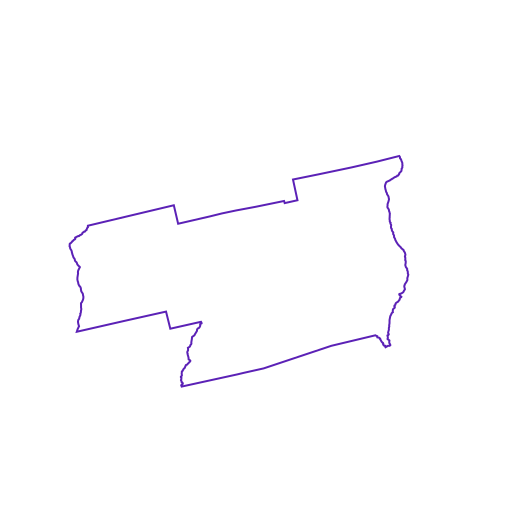 the district of Marcos Paz, Buenos Aires, Argentina, rotated 124°
{"feature_id": "61730980B37548441938699", "entity_name": "Marcos Paz", "entity_type": "district", "adm_level": 2, "iso_a3": "ARG", "parent_name": "Argentina", "parent_adm1": "Buenos Aires", "projection": "mercator", "projection_center": [-58.848, -34.821], "detail": "fine", "context": "isolated", "style": "outline", "palette": "violet", "viewbox_px": 512, "rotation_deg": 124, "n_neighbors": 0, "source": "geoboundaries", "source_scale": "gbopen_adm2", "svg_char_len": 6097}
<svg xmlns="http://www.w3.org/2000/svg" viewBox="0 0 512 512"><g transform="rotate(124 256 256)"><path d="M364.5,205.2L359.6,200.7L344.9,186.8L288.3,143.3L255.0,112.7L255.0,112.2L254.7,110.7L255.1,110.5L255.6,109.9L255.0,108.6L254.9,107.9L255.2,107.1L255.1,106.9L255.2,106.7L255.5,106.7L255.6,106.2L255.9,105.8L256.4,104.7L256.7,104.3L257.1,102.9L257.0,102.3L257.3,101.7L257.5,101.5L257.9,101.5L258.0,101.3L258.0,101.0L258.4,100.8L258.7,99.9L258.4,99.0L258.1,98.5L258.3,98.3L258.8,98.3L259.2,97.6L257.5,96.7L256.7,96.4L255.8,95.1L255.1,94.8L254.7,94.8L254.0,95.9L253.6,96.8L252.6,97.6L251.6,98.0L251.4,98.2L251.3,99.4L251.4,100.3L251.2,100.6L250.6,100.7L249.7,101.2L248.4,102.6L248.2,102.6L248.1,102.4L247.7,102.1L247.1,102.1L246.6,102.2L246.3,102.7L246.0,103.3L245.9,103.5L244.7,104.0L242.8,104.6L241.4,105.6L239.9,106.1L239.7,106.3L238.9,106.9L237.1,107.7L234.4,109.5L231.1,110.9L230.4,111.1L228.8,111.2L228.0,111.5L227.4,111.5L226.0,111.1L225.6,111.6L223.7,112.6L223.2,112.6L221.4,112.1L220.6,112.4L220.4,112.7L220.4,113.1L220.2,113.3L219.6,113.5L219.4,113.5L218.7,113.2L218.3,113.2L217.6,113.6L217.2,113.7L216.5,113.6L216.2,113.5L214.2,112.6L213.1,112.7L211.9,112.5L210.8,113.0L209.7,113.2L209.3,112.8L208.9,112.6L208.5,112.7L208.4,113.9L208.1,114.9L208.0,115.5L207.8,115.7L207.5,115.9L207.2,115.8L206.3,115.0L205.8,114.6L204.3,113.9L203.4,113.7L203.0,113.7L202.3,113.9L200.5,113.9L200.2,114.0L198.6,115.8L198.0,116.3L197.3,116.4L196.3,116.8L193.7,116.8L191.6,117.0L191.2,117.1L189.7,118.2L188.0,118.7L186.3,119.3L186.1,119.5L185.7,120.3L184.9,120.8L183.9,121.6L183.2,122.8L182.2,123.4L182.1,123.7L181.8,124.2L181.5,125.3L181.2,125.8L180.8,126.2L180.6,126.5L180.0,127.2L178.3,127.9L176.8,128.8L175.9,129.8L175.9,130.1L175.7,130.2L175.2,130.4L174.0,131.2L173.9,131.5L173.3,131.9L173.1,132.3L172.9,132.4L171.7,132.7L171.3,132.9L170.0,134.4L169.6,135.2L169.2,136.2L168.4,137.3L168.4,137.6L168.5,138.0L168.5,138.4L168.3,139.1L168.3,139.8L167.8,140.9L167.5,142.9L167.3,143.5L167.1,144.6L165.9,147.4L165.0,149.0L164.8,149.5L164.0,150.3L163.3,151.8L163.1,152.2L162.3,152.6L161.8,153.1L161.6,153.4L161.1,154.6L159.7,155.4L159.3,156.8L159.0,157.3L158.4,158.1L157.8,158.4L157.5,158.8L157.4,159.3L157.2,159.7L156.3,160.5L155.7,160.8L155.3,160.9L154.6,161.4L154.0,162.7L153.1,163.1L153.1,163.5L152.6,164.4L151.8,164.9L150.9,165.8L149.5,166.7L149.1,166.8L148.5,167.3L147.7,167.7L147.4,168.0L146.0,168.7L145.7,169.2L144.9,169.9L144.6,170.5L143.9,171.2L143.2,171.9L142.5,173.4L142.4,173.9L141.9,174.5L140.5,175.2L139.5,175.9L138.5,176.2L136.9,176.6L134.7,177.4L134.3,177.7L133.6,178.5L132.9,179.1L132.5,179.6L132.2,180.2L131.5,181.9L131.1,182.3L130.7,182.6L130.2,183.7L129.7,184.4L128.8,185.3L128.3,186.0L126.0,188.2L124.7,188.7L122.3,189.3L121.8,189.2L121.2,189.0L120.1,188.3L118.3,187.2L117.6,187.1L116.6,186.5L116.0,186.4L115.7,186.1L113.6,185.3L112.8,184.9L112.4,184.5L111.7,184.2L111.4,183.9L110.3,183.8L109.9,183.2L108.1,183.1L107.7,183.4L107.2,183.5L105.6,183.2L104.3,183.0L102.9,183.6L102.4,184.0L102.1,184.1L101.1,184.1L100.5,184.3L99.7,185.0L99.1,185.1L98.8,185.3L98.6,185.5L98.4,185.8L97.2,186.6L96.8,187.0L95.8,188.6L95.1,189.4L94.9,189.9L94.6,190.3L94.6,190.8L94.4,191.3L93.8,191.7L93.4,192.1L93.0,193.2L110.0,208.4L129.1,226.3L153.3,249.8L171.9,268.1L186.6,252.8L196.1,261.8L194.7,263.5L215.4,283.8L229.4,298.0L239.7,308.0L249.1,316.5L272.8,338.6L259.9,352.5L324.9,412.3L325.5,412.0L326.2,411.4L327.1,411.6L327.7,411.5L329.4,411.0L330.0,411.5L331.2,411.5L331.6,411.6L331.9,412.1L332.9,412.4L333.4,412.7L333.8,412.8L334.2,412.7L334.6,412.5L335.0,412.5L336.2,412.9L336.9,413.5L338.2,413.8L338.6,414.0L338.7,414.4L339.6,415.0L340.6,415.5L341.6,416.1L341.9,416.2L342.2,416.1L342.6,415.5L342.9,415.4L343.8,415.6L344.6,416.1L345.9,416.2L346.3,416.5L347.3,416.5L349.0,416.8L349.7,417.2L350.1,417.2L351.5,416.4L351.7,416.2L352.0,416.1L352.3,415.9L352.7,415.1L353.6,414.3L353.9,413.8L354.6,412.1L355.8,410.7L356.2,410.5L356.4,410.2L356.6,409.8L357.1,409.4L357.9,408.3L358.5,407.4L359.2,406.6L359.4,406.2L359.7,405.0L360.0,404.6L360.2,404.4L360.4,404.1L361.0,403.6L361.3,403.0L361.4,402.6L361.6,401.2L362.1,400.4L362.9,399.4L363.4,397.6L363.5,396.3L363.7,395.8L367.4,395.3L368.4,394.9L369.0,394.6L369.9,393.8L373.7,392.0L375.3,391.0L376.6,389.7L377.2,388.8L377.8,388.3L378.4,387.7L379.1,386.7L379.4,385.9L379.8,385.3L379.7,384.8L380.1,383.9L380.8,383.1L381.3,382.6L381.9,382.3L382.5,381.5L383.0,381.1L383.7,379.5L383.9,378.9L384.2,378.4L385.1,377.6L386.2,376.4L387.4,375.6L388.9,375.0L391.8,374.5L392.8,374.7L393.5,374.4L394.2,373.8L396.6,372.2L397.6,371.2L398.6,370.7L399.1,370.6L400.4,369.8L401.4,369.4L402.2,369.4L402.7,368.8L403.5,368.5L405.1,368.3L407.0,367.5L408.1,367.6L408.8,367.4L410.1,366.8L411.8,365.2L413.2,363.4L414.3,363.3L415.4,363.1L416.3,363.0L419.0,362.2L383.7,329.1L352.4,299.5L364.2,286.4L341.3,264.8L341.4,264.6L341.8,263.9L342.1,263.5L342.5,263.5L342.7,263.8L343.2,264.2L343.8,264.1L344.1,264.0L344.7,263.4L345.2,263.2L346.1,263.0L347.1,263.0L347.6,263.1L348.2,263.5L348.7,263.7L349.3,263.8L350.3,263.6L350.8,263.2L351.5,263.0L352.0,263.0L353.0,263.0L353.9,262.9L355.1,262.9L356.1,262.7L357.3,263.1L358.2,263.5L358.9,263.7L359.3,263.5L361.0,262.6L362.8,261.8L364.0,261.2L364.7,260.6L365.5,260.4L366.4,260.6L367.4,260.3L368.1,260.2L368.5,260.3L370.2,261.1L370.8,260.5L372.0,259.7L372.4,259.5L373.1,259.5L373.7,259.4L374.6,258.9L374.9,258.6L375.1,258.2L375.3,257.9L375.9,257.6L376.6,256.7L377.8,255.3L379.4,254.0L379.4,253.6L379.3,252.9L379.5,252.0L379.6,251.8L379.8,251.7L380.7,251.7L381.7,252.0L382.5,252.0L383.3,252.3L384.2,252.3L384.8,252.5L385.6,253.1L385.8,253.1L386.1,253.1L386.9,252.8L387.5,252.8L388.5,252.5L389.0,252.6L389.9,252.9L391.0,252.7L391.6,252.8L392.2,252.6L393.2,252.9L393.5,252.7L393.8,252.5L395.0,251.9L395.8,251.2L396.4,250.7L397.5,250.6L398.0,250.8L398.4,250.6L398.6,250.3L398.5,249.9L399.9,249.0L400.7,248.9L401.0,248.7L401.3,248.0L401.5,247.7L402.0,247.4L402.2,247.1L402.3,246.8L402.2,246.5L402.1,246.3L402.4,245.6L402.6,245.4L403.1,245.2L404.1,245.5L404.3,245.7L405.0,245.7L405.8,244.6L364.5,205.2Z" fill="none" stroke="#5b21b6" stroke-width="2"/></g></svg>